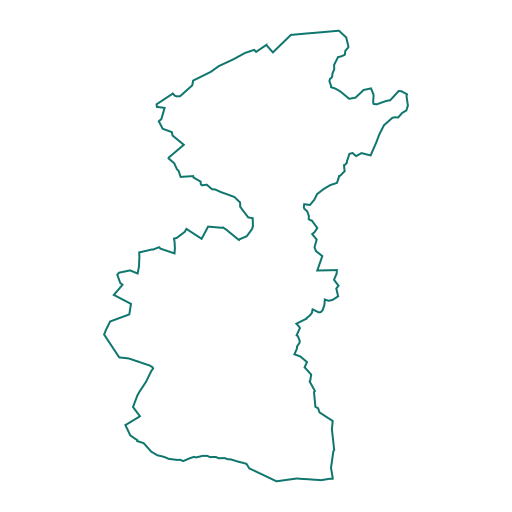 Giade, Bauchi, Nigeria (orthographic projection)
{"feature_id": "59680162B9145923747098", "entity_name": "Giade", "entity_type": "district", "adm_level": 2, "iso_a3": "NGA", "parent_name": "Nigeria", "parent_adm1": "Bauchi", "projection": "orthographic", "projection_center": [10.272, 11.415], "detail": "fine", "context": "isolated", "style": "outline", "palette": "teal", "viewbox_px": 512, "rotation_deg": 0, "n_neighbors": 0, "source": "geoboundaries", "source_scale": "gbopen_adm2", "svg_char_len": 3829}
<svg xmlns="http://www.w3.org/2000/svg" viewBox="0 0 512 512"><path d="M332.8,478.6L331.0,467.8L333.4,451.2L333.9,450.4L334.2,450.0L331.9,429.4L332.7,421.0L319.5,412.4L318.1,408.3L315.4,406.8L314.0,392.1L314.9,391.0L309.6,381.4L310.2,380.6L311.2,374.6L304.6,367.3L307.0,362.1L300.4,356.5L294.4,354.3L296.9,348.7L297.0,346.6L299.6,342.6L299.7,340.8L297.9,336.2L296.6,335.3L299.9,328.1L299.4,327.0L296.4,323.7L304.0,319.9L306.6,318.6L306.6,318.1L309.7,315.6L311.8,313.1L312.6,309.4L318.8,312.4L320.7,312.2L322.6,310.2L324.4,305.0L324.8,299.5L328.5,300.8L332.6,299.9L338.1,296.3L336.3,288.5L338.5,285.7L334.0,279.8L336.6,273.7L336.9,270.1L317.3,270.5L322.3,256.1L315.9,251.0L314.5,247.3L316.7,239.6L312.2,234.1L314.6,232.1L317.3,228.0L311.7,220.4L310.6,220.4L308.7,219.1L308.9,216.1L307.2,211.3L304.3,208.7L303.8,207.1L304.2,204.2L309.9,205.0L314.3,199.8L315.5,197.4L317.1,194.1L320.1,191.8L323.7,189.0L325.7,187.8L328.4,186.2L330.4,185.0L331.8,184.6L336.9,182.9L338.1,179.7L338.1,179.1L338.3,179.0L338.4,178.7L338.7,177.6L338.9,176.7L339.1,176.0L340.0,175.9L344.7,171.1L344.5,170.0L344.4,169.4L344.2,166.8L344.0,165.2L345.1,164.7L346.0,163.6L346.7,163.2L347.0,160.9L347.9,158.5L349.4,153.8L352.5,153.0L356.1,156.1L359.6,154.2L361.4,153.1L370.6,155.4L376.3,142.4L379.3,134.4L384.0,125.2L392.4,117.8L394.8,117.3L398.1,117.5L402.2,112.9L406.3,110.5L407.9,105.7L406.5,96.0L407.0,94.3L401.5,91.3L400.9,91.2L398.7,91.0L396.2,93.7L392.8,97.5L390.1,100.3L386.3,100.9L376.8,104.3L373.7,104.0L373.5,103.6L373.1,102.3L373.6,95.2L373.2,93.8L371.5,89.6L371.0,88.4L363.5,90.0L362.8,90.8L355.4,97.7L351.8,98.3L349.2,98.8L347.0,97.0L345.6,95.8L342.1,92.9L340.5,91.6L337.1,89.6L335.1,88.5L331.1,87.2L331.0,85.7L329.4,81.1L330.0,78.9L331.6,77.7L332.2,76.3L332.5,73.3L334.2,69.4L334.1,64.8L334.4,64.3L338.1,57.0L340.2,56.7L344.5,55.0L344.8,54.6L345.4,50.7L348.2,47.5L348.4,46.5L346.2,37.4L338.9,30.7L322.1,32.2L319.5,32.4L317.6,32.6L315.7,32.7L314.1,32.9L307.5,33.4L300.0,34.1L290.9,34.9L272.9,52.4L266.4,45.1L266.4,44.9L256.1,51.9L254.2,49.9L245.1,52.9L233.8,59.1L218.8,66.1L210.9,71.8L193.1,80.6L192.3,85.3L180.1,96.2L176.8,96.4L176.7,96.3L174.8,95.7L172.8,93.5L171.7,94.3L156.6,104.3L156.9,106.9L164.6,107.9L161.4,119.0L158.8,121.3L162.7,128.8L171.8,132.1L172.6,135.6L173.0,135.9L183.8,144.8L179.7,148.3L168.9,157.4L168.5,158.4L174.2,163.2L177.0,169.4L178.6,170.8L180.6,176.9L193.2,176.1L193.5,177.5L200.6,181.6L200.8,184.2L201.9,185.3L206.8,184.7L209.4,187.0L212.1,189.3L215.0,189.4L222.3,192.7L222.5,192.6L234.4,197.0L240.0,202.4L240.1,202.7L240.2,206.8L248.2,217.4L252.7,218.2L252.9,223.8L252.9,226.4L252.0,229.1L246.8,236.2L239.5,239.3L239.0,240.0L227.5,230.7L227.0,230.1L222.8,227.4L221.8,227.8L208.1,226.6L201.6,238.8L186.4,228.9L184.7,231.9L176.6,238.0L174.0,238.6L174.6,242.2L174.9,248.3L174.5,253.4L160.6,248.7L159.0,247.2L153.3,249.5L151.6,249.5L147.7,250.5L139.2,252.4L139.4,256.9L139.0,266.4L137.6,273.5L130.1,270.4L119.0,272.7L117.3,274.7L120.1,282.7L122.5,284.8L113.8,294.9L131.0,303.9L129.3,314.4L110.1,321.5L106.2,329.4L104.1,334.5L119.2,357.4L128.5,358.4L149.7,365.5L152.6,367.3L153.1,368.6L151.4,370.8L146.0,381.8L139.3,392.0L137.4,395.4L133.0,407.0L139.9,416.2L138.8,417.0L125.4,425.1L130.3,435.4L133.5,437.6L134.7,438.5L137.3,440.1L137.2,441.1L143.6,443.1L151.3,451.7L157.4,455.3L162.3,456.4L166.0,457.6L168.4,458.8L177.0,459.9L180.6,459.9L183.1,461.1L188.1,459.0L189.1,458.5L193.8,456.9L196.2,457.4L202.5,455.9L205.0,455.9L207.4,455.9L209.9,457.1L212.3,457.0L215.9,457.0L216.6,457.3L218.4,458.2L220.8,458.2L224.5,458.1L228.2,459.3L230.6,459.3L233.5,460.2L234.1,460.4L237.9,461.6L242.8,462.8L243.9,463.1L246.5,463.9L249.3,468.4L260.1,473.5L276.5,481.3L296.7,478.5L301.6,478.9L305.9,479.1L307.7,479.2L312.5,479.6L317.6,479.9L321.0,480.2L329.5,478.8L332.0,478.8L332.8,478.6Z" fill="none" stroke="#0f766e" stroke-width="2"/></svg>